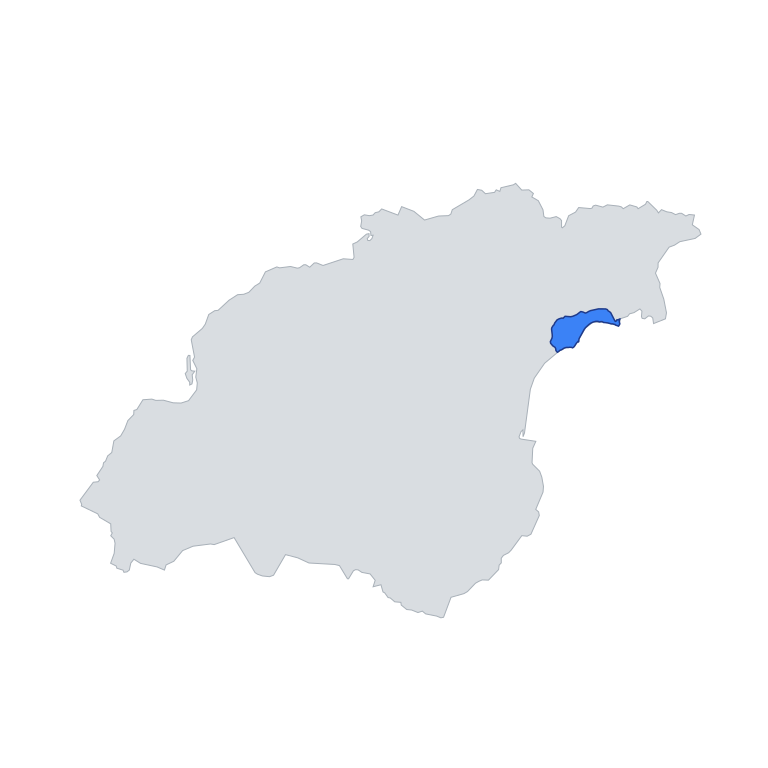 Gilan highlighted on a map of Iran, rotated 111°
{"feature_id": "IRN-3240", "entity_name": "Gilan", "entity_type": "Province", "adm_level": 1, "iso_a3": "IRN", "parent_name": "Iran", "parent_adm1": "", "projection": "robinson", "projection_center": [49.412, 37.503], "detail": "fine", "context": "in_parent", "style": "filled", "palette": "blue", "viewbox_px": 768, "rotation_deg": 111, "n_neighbors": 0, "source": "natural_earth", "source_scale": "10m", "svg_char_len": 5118}
<svg xmlns="http://www.w3.org/2000/svg" viewBox="0 0 768 768"><g transform="rotate(111 384 384)"><path d="M383.1,221.7L390.7,222.1L404.4,217.6L405.6,216.5L409.7,207.4L414.4,203.3L422.5,198.4L427.9,196.8L446.7,197.4L448.0,193.8L451.1,191.9L471.6,193.0L474.8,195.8L476.2,201.0L493.4,205.7L496.9,207.2L501.2,211.1L504.6,212.1L509.0,210.4L511.8,211.6L516.2,210.5L529.7,216.2L531.7,222.1L534.2,224.7L537.2,227.2L547.9,231.7L551.1,234.3L559.1,245.0L580.4,244.8L581.9,247.1L581.8,251.7L583.7,262.7L582.3,266.8L585.2,270.4L585.1,277.2L586.4,282.0L584.2,288.7L581.8,290.0L583.5,295.9L581.5,301.5L581.9,303.7L578.7,308.5L578.5,310.4L572.5,314.9L577.2,321.5L570.4,321.9L566.3,328.9L567.8,337.2L566.8,341.5L567.5,344.0L569.3,345.6L578.6,347.3L578.9,348.4L569.5,360.5L570.1,365.2L578.0,389.9L577.2,402.2L578.6,414.8L602.1,418.6L604.9,421.8L606.8,428.8L606.9,434.1L606.3,436.8L581.1,468.9L594.8,485.0L595.5,488.6L603.9,504.2L611.7,512.3L624.8,516.7L631.0,522.6L636.4,522.3L636.1,530.3L638.7,547.0L637.2,554.7L641.9,556.2L649.0,555.1L651.5,556.6L653.0,559.3L651.3,560.9L651.7,567.4L649.9,568.8L649.3,575.0L638.8,575.2L629.1,578.0L625.6,580.3L623.6,584.7L620.4,584.3L619.4,586.0L612.5,589.0L610.4,601.7L607.8,604.7L606.3,622.9L604.7,623.1L601.4,626.2L579.9,620.2L577.7,615.9L575.5,615.1L572.4,619.3L561.7,616.9L558.1,617.6L555.8,616.3L550.1,616.2L545.5,613.6L533.9,615.8L526.8,611.2L519.2,610.0L509.9,610.0L502.2,606.7L498.3,608.0L496.4,605.6L485.1,603.4L481.3,595.3L481.1,591.2L478.2,584.2L477.1,574.0L474.5,566.6L469.6,560.5L456.6,556.8L449.9,558.7L445.0,562.2L436.8,564.2L430.5,571.0L426.8,570.5L411.8,579.8L408.6,579.7L397.2,573.5L392.2,572.3L381.9,572.5L376.2,568.3L374.7,565.3L361.3,558.7L353.1,552.7L350.5,547.1L346.9,543.1L338.9,539.7L334.3,536.2L321.8,534.9L313.1,526.0L313.0,523.1L307.8,513.4L306.9,506.4L305.7,504.5L301.4,501.6L300.7,499.7L301.6,495.2L296.0,492.5L295.1,490.3L295.2,483.4L281.7,466.9L278.9,457.7L276.5,457.3L264.5,463.3L261.0,459.9L250.4,454.1L249.0,451.9L251.6,450.8L254.2,451.8L255.8,450.6L255.2,448.6L252.6,447.4L249.0,447.5L250.0,449.4L246.6,451.1L245.9,453.4L246.6,460.3L245.3,462.2L239.7,463.3L236.2,465.5L233.1,463.0L232.1,458.0L230.2,454.8L227.2,453.6L225.1,450.5L221.4,448.9L221.3,431.5L212.1,431.1L212.1,418.0L216.4,404.9L207.6,393.2L203.7,384.1L201.4,382.5L196.8,382.7L181.6,370.6L176.3,367.4L168.9,366.5L168.1,362.2L170.0,357.5L166.5,351.3L165.5,349.5L162.5,348.8L162.7,344.9L158.8,345.1L151.6,334.5L149.5,333.0L153.6,324.9L150.8,318.3L152.6,312.8L156.4,313.0L157.6,305.6L164.4,298.0L170.3,294.8L170.9,292.5L169.7,288.4L166.0,283.2L166.6,278.9L167.8,276.8L174.0,274.4L174.3,273.5L171.5,271.9L160.7,271.9L154.9,266.8L149.5,265.5L146.3,254.3L145.4,252.9L142.8,252.5L141.2,250.5L140.4,243.0L136.7,239.7L133.8,228.6L133.6,225.9L134.6,223.5L128.7,218.7L128.1,211.4L129.3,209.6L122.5,204.3L119.4,204.0L119.1,203.1L124.0,191.7L125.9,189.1L121.8,187.4L121.9,181.7L120.9,177.0L121.4,172.5L118.7,169.3L118.0,167.3L119.0,162.4L116.4,159.9L115.0,154.7L124.9,153.2L126.9,145.2L130.5,141.8L136.6,145.7L145.1,158.8L150.3,162.6L154.1,166.9L172.7,171.5L176.8,170.0L183.2,170.3L191.3,162.3L195.0,161.2L204.5,153.2L216.3,145.8L222.3,144.6L231.0,154.0L226.0,156.8L225.1,159.2L225.7,161.5L229.7,163.9L230.2,166.5L228.8,167.8L223.6,169.3L222.2,172.0L227.8,176.2L230.5,179.9L233.5,180.8L238.2,186.5L245.7,185.7L247.2,199.6L251.4,211.1L259.4,215.9L280.0,219.6L282.3,221.9L285.7,228.1L291.0,232.6L307.1,241.5L324.7,245.8L336.4,245.5L379.3,235.3L383.4,235.3L377.0,237.9L379.4,239.0L384.9,239.0L386.2,238.0L386.3,236.3L383.1,221.7ZM452.0,566.0L449.4,570.0L445.5,573.3L442.5,572.3L430.6,577.2L427.4,576.9L426.9,575.4L440.0,569.7L440.6,568.2L439.8,565.2L444.1,566.4L448.8,564.0L452.7,563.3L454.6,565.0L452.0,566.0Z" fill="#d9dde1" stroke="#a8b0b8" stroke-width="1"/><path d="M238.8,187.1L240.0,187.2L240.7,187.0L241.4,186.7L242.1,186.3L242.7,185.8L243.3,185.4L244.1,185.4L245.9,185.8L246.0,188.7L245.6,189.7L245.8,190.4L245.9,192.1L246.4,193.3L246.8,197.3L247.9,201.2L247.7,201.8L247.6,202.6L247.8,203.3L248.0,203.8L248.9,205.3L248.9,205.6L248.8,205.9L248.8,206.2L249.1,207.5L249.6,208.7L251.0,210.7L252.8,212.5L254.8,213.9L259.2,216.1L261.3,216.7L271.7,218.1L272.9,217.9L273.8,217.6L274.7,217.4L275.6,217.9L275.4,217.9L275.1,217.9L274.9,217.8L274.7,218.1L277.0,219.0L280.5,219.7L281.8,220.2L282.7,221.0L282.6,222.2L282.8,222.7L283.2,223.8L283.4,224.3L283.8,224.9L284.4,226.7L285.3,228.0L286.2,228.9L288.2,230.3L289.6,231.9L290.0,232.1L290.5,232.3L292.2,233.4L292.2,233.5L291.9,234.4L291.0,235.6L289.6,236.3L288.5,237.4L287.9,240.1L286.3,243.0L284.8,243.9L281.1,243.6L278.9,244.0L278.3,244.4L277.7,244.6L272.6,247.3L271.2,247.5L268.7,247.0L268.1,246.6L267.3,246.5L265.9,246.5L262.1,245.4L260.4,243.9L258.9,242.0L258.5,241.0L258.5,240.4L255.9,239.2L254.3,233.8L253.1,232.0L250.1,228.9L246.0,226.4L245.7,225.6L245.5,223.8L245.6,222.4L245.6,221.4L244.7,220.3L243.0,219.0L241.5,217.5L237.0,210.7L234.5,204.0L234.5,202.2L235.4,200.9L235.7,199.2L236.2,197.9L242.4,191.0L242.6,190.4L242.2,189.9L241.2,189.7L240.5,189.5L240.4,188.8L239.8,188.1L238.9,187.4L238.8,187.1Z" fill="#3b82f6" stroke="#1e3a8a" stroke-width="1.5"/></g></svg>